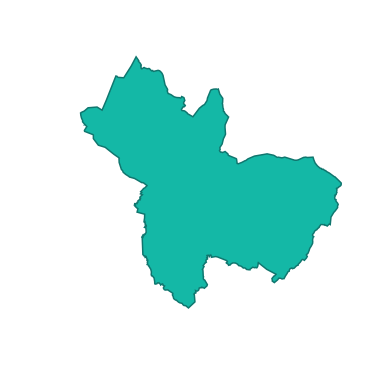 outline of Zinapécuaro, Michoacán, Mexico, rotated 30°
{"feature_id": "50627088B67207882372338", "entity_name": "Zinapécuaro", "entity_type": "district", "adm_level": 2, "iso_a3": "MEX", "parent_name": "Mexico", "parent_adm1": "Michoacán", "projection": "natural_earth1", "projection_center": [-100.761, 19.856], "detail": "fine", "context": "isolated", "style": "filled", "palette": "teal", "viewbox_px": 384, "rotation_deg": 30, "n_neighbors": 0, "source": "geoboundaries", "source_scale": "gbopen_adm2", "svg_char_len": 6071}
<svg xmlns="http://www.w3.org/2000/svg" viewBox="0 0 384 384"><g transform="rotate(30 192 192)"><path d="M68.1,129.6L71.9,155.3L73.2,166.1L67.3,165.9L59.9,171.0L58.2,175.8L56.3,178.5L56.3,178.9L56.0,179.3L57.4,181.2L59.3,183.2L61.7,184.9L62.1,185.9L65.2,187.0L65.3,187.5L65.7,187.1L68.2,187.9L68.0,192.4L68.7,193.2L77.6,191.8L78.1,192.0L79.9,195.1L87.5,198.3L94.5,196.7L105.6,198.4L111.6,198.9L112.0,199.1L111.9,199.3L114.2,202.9L119.6,207.8L121.2,208.2L122.7,209.4L125.1,209.7L125.3,209.9L130.3,210.1L130.4,210.3L135.4,209.0L143.8,209.0L145.2,208.3L149.7,208.9L149.9,209.0L149.0,212.2L148.2,213.3L148.3,213.9L147.4,217.4L148.7,217.5L148.3,219.4L150.4,219.2L149.5,222.1L149.8,223.2L150.6,223.1L150.9,224.7L150.4,224.7L149.6,226.6L150.2,227.8L149.6,228.5L150.2,229.5L148.2,230.7L148.7,232.1L149.3,231.7L149.7,232.6L150.0,232.4L150.2,232.9L152.1,233.4L153.5,233.5L154.5,236.9L162.1,234.9L163.9,238.2L165.2,241.5L165.9,241.1L166.0,242.1L167.1,242.2L167.2,242.8L167.8,243.6L167.9,243.3L168.7,243.7L168.5,244.0L169.0,244.2L168.8,244.8L169.2,244.9L168.6,245.5L168.5,246.4L170.0,246.1L172.5,249.9L172.4,251.3L172.6,251.8L171.8,252.3L171.8,253.3L171.5,253.4L171.8,253.6L171.3,253.8L171.1,255.1L172.0,255.1L172.1,255.6L171.2,255.3L171.2,256.3L171.9,256.4L172.0,256.9L180.7,270.7L182.6,271.4L183.0,271.0L183.6,271.0L183.8,271.5L184.3,271.1L184.4,271.9L185.1,271.4L186.5,272.5L186.9,273.2L187.2,273.0L187.7,273.1L187.6,273.7L187.9,273.6L188.6,274.9L188.5,275.3L189.2,275.8L189.4,277.2L190.0,277.0L190.8,277.3L191.4,277.8L192.0,277.6L192.6,278.3L194.9,279.5L196.8,281.5L198.0,284.0L198.9,284.8L199.5,284.4L202.1,285.4L204.5,288.3L205.4,289.8L206.1,290.2L207.3,289.2L207.5,289.0L207.5,288.0L208.0,287.6L208.8,287.5L208.9,287.2L210.0,287.6L210.7,287.6L211.4,288.2L211.9,286.9L212.5,286.3L213.2,286.6L213.6,287.3L215.2,287.1L215.1,289.2L215.6,289.8L216.9,290.4L217.8,290.3L219.9,288.9L225.9,289.3L226.4,289.8L226.4,290.8L226.9,291.3L228.0,291.9L229.0,293.1L229.9,293.6L231.8,293.8L232.5,293.5L235.3,294.1L236.6,294.1L239.2,293.4L240.5,294.1L241.8,294.3L243.4,293.6L246.9,294.2L249.5,285.7L245.1,279.4L245.1,279.8L244.9,279.7L244.7,279.0L245.0,278.3L245.8,277.6L245.8,277.3L244.4,275.6L245.3,275.6L245.9,275.3L246.4,274.7L246.8,273.5L246.3,271.4L247.3,270.7L248.0,269.6L248.5,269.5L248.7,269.8L249.3,269.2L250.8,269.2L251.9,265.9L251.6,264.5L247.0,261.9L245.8,262.0L244.8,260.9L244.3,259.5L243.9,259.4L240.8,254.6L239.7,253.8L240.0,253.3L239.7,252.8L239.7,250.6L238.5,250.3L238.8,246.9L239.0,246.9L239.5,245.6L238.4,244.8L238.3,243.3L238.6,242.8L238.3,242.8L238.6,241.7L238.5,241.4L237.7,241.3L238.0,240.5L236.7,239.5L237.2,239.0L237.9,238.9L238.2,238.3L239.4,239.2L239.8,237.2L241.5,238.2L241.6,238.7L244.7,236.1L246.5,235.5L255.3,234.2L256.4,234.1L257.5,234.6L257.5,235.3L257.0,235.9L257.2,236.3L260.0,236.6L260.3,237.1L260.6,236.7L261.4,236.4L261.8,234.6L262.8,233.0L265.1,231.8L267.4,231.7L269.3,232.4L270.9,231.8L272.1,231.7L274.4,232.2L275.4,231.5L276.4,231.3L277.9,231.8L280.2,230.9L281.1,230.4L280.8,230.0L282.2,226.8L284.1,226.3L284.4,226.1L284.6,225.6L286.0,225.3L286.1,224.9L286.1,223.7L285.4,221.5L284.8,220.5L284.7,220.0L295.3,221.6L305.9,221.2L305.7,222.6L305.4,223.5L305.0,223.8L304.5,227.0L305.8,228.4L306.0,229.0L308.6,229.3L310.0,225.5L310.4,223.1L312.0,222.4L313.5,222.3L314.5,221.3L315.0,221.1L315.0,219.7L314.9,218.5L315.1,214.9L314.9,213.3L315.3,212.8L315.8,211.9L315.4,211.3L315.2,209.6L315.8,208.7L316.5,207.9L317.3,208.2L318.6,206.8L319.4,203.6L320.5,202.3L320.1,201.5L320.9,198.4L321.0,196.4L321.3,195.2L322.0,194.9L323.5,195.0L324.1,192.1L324.1,190.2L322.6,189.4L322.4,188.9L322.9,187.9L323.1,186.9L322.6,183.7L322.2,182.2L322.3,178.9L322.1,176.1L321.2,174.3L320.4,173.3L319.5,170.6L319.8,169.9L318.4,169.5L317.9,169.1L317.7,168.4L318.0,166.6L317.8,164.8L318.1,163.6L319.0,162.1L319.0,161.2L319.8,159.0L319.6,158.6L319.9,155.7L321.6,154.8L322.4,154.6L323.1,153.9L323.7,154.4L324.9,153.8L326.1,153.9L326.9,151.1L328.0,151.1L324.9,144.2L325.0,138.8L325.5,136.6L325.9,132.7L325.0,131.3L324.9,129.8L323.9,129.0L321.2,127.9L320.9,127.4L320.7,126.7L320.2,126.6L319.6,126.9L318.8,126.2L318.2,125.2L318.0,124.0L317.7,123.9L317.9,123.6L317.4,123.0L318.1,122.2L317.6,120.6L317.8,120.1L317.0,119.3L316.5,117.8L315.5,116.8L315.8,116.6L315.6,116.2L316.2,115.6L316.8,113.8L317.2,113.2L317.6,112.0L317.6,111.2L317.3,110.9L317.2,110.3L316.5,109.5L308.2,107.4L307.6,107.6L301.4,106.9L298.4,107.0L297.4,106.8L297.1,106.6L296.0,107.0L294.5,106.6L293.1,107.4L292.5,106.9L290.9,107.3L287.6,106.7L284.1,105.3L281.5,103.3L279.4,101.3L274.6,104.5L273.1,104.9L271.3,106.3L268.0,111.0L266.7,112.2L265.1,113.1L254.9,115.4L252.8,117.5L249.5,118.6L248.3,119.5L245.4,119.3L244.2,119.4L238.0,121.4L228.1,129.7L223.9,135.3L222.9,137.8L222.2,138.5L220.4,141.4L218.0,144.4L216.8,144.7L214.1,141.2L213.5,141.0L205.2,142.1L203.9,141.0L200.4,140.4L198.8,142.5L197.9,142.6L196.9,143.2L195.5,142.7L195.0,142.2L195.2,141.3L193.9,139.6L194.1,135.3L192.6,130.3L192.4,127.1L192.1,125.1L188.2,119.4L187.1,117.3L186.2,108.8L185.6,108.8L185.2,108.5L181.4,107.5L179.9,106.4L179.0,106.5L177.8,104.5L176.7,103.6L174.6,100.7L174.0,100.2L173.7,99.0L171.8,95.5L167.1,93.3L163.3,89.7L162.9,90.3L161.6,90.6L159.3,92.1L157.5,93.9L157.3,94.7L158.4,102.8L159.3,105.3L159.1,110.0L158.0,111.8L156.5,115.8L155.2,126.4L148.9,126.4L148.2,125.9L145.5,125.5L144.6,125.6L142.5,126.5L141.9,126.1L141.5,125.6L141.8,122.4L142.5,122.3L142.5,121.4L143.0,121.0L143.0,120.5L141.6,119.9L140.7,119.9L140.0,118.6L140.0,116.3L137.8,114.3L135.3,114.5L135.4,115.9L135.1,116.4L133.9,116.6L131.6,117.8L129.0,118.5L125.1,118.2L122.0,118.6L119.9,116.8L120.0,116.2L119.5,115.3L115.1,112.7L108.6,105.5L106.7,104.2L105.5,103.7L103.4,103.2L101.8,103.6L98.4,106.8L97.5,106.7L97.2,106.5L96.7,107.2L95.1,107.0L93.7,106.5L93.0,106.5L91.9,107.5L89.8,108.1L88.6,108.1L88.6,108.3L87.9,108.5L87.4,109.9L86.6,110.5L86.0,110.2L85.4,109.2L84.9,109.0L84.9,108.3L84.4,108.1L84.5,107.4L82.8,106.4L80.2,105.5L80.2,104.9L76.0,102.9L76.4,113.2L75.8,127.2L70.8,129.6L70.0,129.7L69.2,129.3L68.1,129.6Z" fill="#14b8a6" stroke="#0f766e" stroke-width="1.5"/></g></svg>